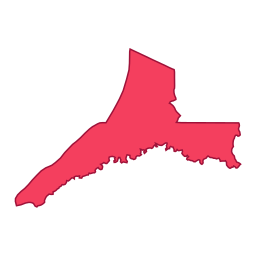 the district of São João do Carú, Maranhão, Brazil
{"feature_id": "56859067B19402328850660", "entity_name": "São João do Carú", "entity_type": "district", "adm_level": 2, "iso_a3": "BRA", "parent_name": "Brazil", "parent_adm1": "Maranhão", "projection": "mercator", "projection_center": [-46.356, -3.5], "detail": "fine", "context": "isolated", "style": "filled", "palette": "rose", "viewbox_px": 256, "rotation_deg": 0, "n_neighbors": 0, "source": "geoboundaries", "source_scale": "gbopen_adm2", "svg_char_len": 4189}
<svg xmlns="http://www.w3.org/2000/svg" viewBox="0 0 256 256"><path d="M238.7,122.9L181.6,122.7L176.4,122.4L177.3,120.9L177.9,119.5L178.2,118.2L179.1,117.1L180.4,115.7L179.0,114.2L178.1,113.3L176.6,111.8L175.5,110.2L174.7,108.2L173.9,106.9L172.9,105.6L171.0,104.0L169.4,103.2L170.4,101.7L171.9,101.1L173.3,100.8L174.9,100.0L175.9,99.5L175.8,98.1L175.2,96.8L174.6,95.3L174.3,94.1L174.0,92.8L173.9,91.0L173.9,89.6L174.5,88.3L174.6,85.9L174.5,77.5L174.5,72.4L174.4,71.1L174.1,69.6L172.4,69.0L171.1,68.4L169.3,67.6L164.2,65.1L161.3,63.8L152.3,59.6L149.2,58.1L130.1,49.1L129.7,51.6L129.5,63.2L129.0,70.0L127.2,77.0L126.6,79.3L125.0,84.7L123.2,90.7L119.5,98.9L116.6,104.4L113.0,111.0L106.0,122.7L102.4,122.7L99.9,122.9L97.5,123.9L93.8,126.0L92.5,126.7L89.4,129.1L84.9,133.3L80.6,137.7L76.1,141.7L72.6,144.4L68.3,148.9L64.8,152.6L63.2,154.6L60.5,158.1L55.4,162.6L51.8,165.3L49.3,166.4L45.7,167.9L41.2,170.9L36.7,175.4L32.2,180.2L28.5,184.6L24.7,188.5L21.0,191.5L17.6,194.9L15.5,198.5L15.4,201.4L16.5,205.7L20.9,204.8L25.6,203.0L28.7,202.4L30.3,202.4L32.2,202.8L33.5,203.5L35.2,206.2L36.9,206.9L37.8,205.8L39.8,205.4L41.2,204.9L42.7,204.0L43.8,203.1L44.6,202.3L44.5,200.3L45.1,199.0L45.8,197.4L47.0,195.8L48.0,195.1L49.0,194.1L51.0,194.4L53.0,194.3L53.2,191.7L54.5,191.4L56.1,190.3L57.5,188.8L58.7,188.4L59.3,187.1L61.1,186.1L62.1,184.6L63.5,184.8L65.1,184.3L66.4,182.5L66.7,180.6L68.2,181.0L69.6,180.1L70.6,179.0L71.7,178.0L73.1,177.9L74.3,178.8L74.3,176.8L76.2,176.1L77.7,176.3L79.5,175.9L79.3,177.9L81.7,178.1L82.5,176.5L84.2,176.0L85.7,175.5L86.8,175.0L88.3,175.0L89.1,173.1L90.5,173.6L92.0,173.1L93.3,172.8L94.6,172.8L95.5,171.8L95.1,170.3L95.9,169.1L97.1,168.1L98.1,167.5L99.2,168.9L100.6,169.6L101.9,169.3L102.5,167.7L102.6,166.2L101.6,165.1L100.7,164.3L101.8,164.0L103.0,163.2L103.9,162.5L105.3,163.4L106.8,163.5L107.6,162.7L108.4,161.7L109.4,160.6L108.9,158.8L109.2,157.1L110.8,156.6L112.4,156.4L114.2,156.9L115.2,157.5L114.6,158.6L115.2,160.1L113.9,160.9L114.2,162.4L115.6,162.3L117.4,161.1L117.9,159.3L118.6,157.5L119.8,157.5L120.2,158.7L120.9,159.8L120.5,161.8L121.6,162.9L123.3,161.9L125.5,162.4L126.9,162.7L127.3,161.4L126.1,159.7L125.9,158.1L126.6,156.0L127.1,154.8L128.4,155.1L129.9,155.4L130.0,157.7L131.3,158.7L132.4,158.8L133.7,159.5L134.9,159.1L135.7,158.5L135.9,157.1L136.8,156.1L137.9,155.7L139.2,156.0L140.7,155.3L141.4,154.5L140.4,153.6L140.9,152.3L140.9,150.8L140.4,149.2L141.5,149.5L142.5,150.1L143.9,149.8L144.6,150.6L143.8,151.9L144.4,153.4L145.4,152.6L146.5,151.4L145.9,149.4L147.8,148.3L149.2,148.0L150.7,148.0L151.7,148.4L152.8,147.7L153.6,146.2L154.7,145.1L155.5,145.9L156.2,146.8L157.3,146.6L156.2,144.7L155.6,143.3L157.2,144.0L158.6,144.9L160.0,145.3L161.8,145.4L163.5,144.4L164.6,143.5L165.9,142.9L167.1,143.2L167.0,144.5L166.4,145.6L166.9,147.4L165.6,149.0L166.0,150.3L167.8,148.9L169.6,148.6L169.7,147.4L170.7,146.4L171.7,146.9L173.2,147.2L173.5,148.5L174.2,149.6L174.0,151.0L175.1,151.5L176.2,151.0L177.1,149.5L178.2,150.6L179.4,150.6L180.9,150.2L182.2,150.0L182.5,151.4L181.9,153.4L183.2,155.1L184.5,156.3L186.3,156.3L187.2,155.3L188.5,156.7L187.1,157.8L186.7,159.1L187.7,160.0L188.9,159.7L190.6,160.5L192.5,160.7L193.6,161.6L195.1,161.8L196.3,161.0L197.4,160.3L198.8,159.7L199.9,160.3L199.9,162.3L200.7,163.6L201.9,164.3L202.8,163.5L203.1,162.3L202.8,160.9L203.5,159.4L204.7,158.7L206.2,158.1L207.0,156.9L208.0,156.0L208.9,156.6L210.2,157.5L212.1,157.6L213.5,158.2L215.1,158.3L216.6,158.9L217.7,158.5L218.9,158.2L219.9,159.7L220.3,161.3L221.5,161.1L223.1,161.0L224.3,161.1L225.4,160.7L226.5,162.3L226.5,163.7L226.6,165.0L227.3,166.0L228.2,167.1L229.5,168.1L230.7,168.1L231.6,167.2L232.9,167.2L233.7,166.0L235.3,167.0L235.9,167.9L237.0,168.0L238.2,167.0L239.0,166.0L239.8,164.9L240.6,164.2L239.7,163.4L238.3,162.6L236.6,162.0L235.7,160.0L234.7,158.5L234.6,157.3L234.2,155.9L232.8,154.4L232.1,153.1L231.6,151.7L231.7,150.3L231.8,149.2L232.4,147.9L233.4,146.5L233.1,145.3L233.0,143.8L233.1,142.2L233.3,140.9L233.6,139.5L234.3,138.5L234.7,136.7L235.6,135.3L237.0,135.2L238.0,136.2L239.3,135.8L240.2,134.9L240.0,133.6L239.7,131.8L238.9,130.5L238.5,128.9L238.9,127.3L239.4,125.8L239.2,124.0L238.7,122.9Z" fill="#f43f5e" stroke="#9f1239" stroke-width="1.5"/></svg>